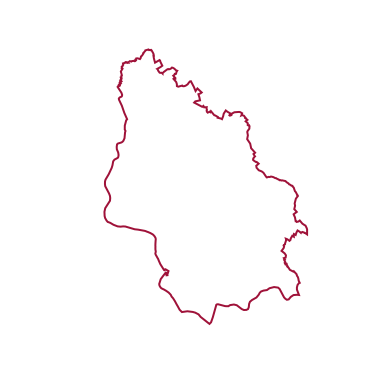 Piltown Lea-5, Kilkenny, Ireland (Equal Earth projection), rotated 56°
{"feature_id": "5873133B76837533212426", "entity_name": "Piltown Lea-5", "entity_type": "district", "adm_level": 2, "iso_a3": "IRL", "parent_name": "Ireland", "parent_adm1": "Kilkenny", "projection": "equal_earth", "projection_center": [-7.187, 52.347], "detail": "fine", "context": "isolated", "style": "outline", "palette": "rose", "viewbox_px": 384, "rotation_deg": 56, "n_neighbors": 0, "source": "geoboundaries", "source_scale": "gbopen_adm2", "svg_char_len": 6023}
<svg xmlns="http://www.w3.org/2000/svg" viewBox="0 0 384 384"><g transform="rotate(56 192 192)"><path d="M337.2,160.9L331.6,159.6L329.8,158.4L328.1,156.5L327.3,154.2L327.5,153.5L325.3,153.2L323.1,152.2L321.6,151.8L320.2,151.8L318.6,151.3L314.6,151.9L314.7,152.5L311.2,154.4L309.0,154.3L307.3,154.7L307.3,154.3L305.7,154.2L304.7,153.8L304.4,155.0L302.7,154.8L302.7,153.9L299.9,153.6L300.0,152.8L298.2,152.8L298.7,151.0L297.0,149.5L294.7,149.5L290.9,150.7L289.8,147.5L288.8,146.2L287.6,146.0L287.3,145.5L287.5,145.1L287.3,144.1L287.0,144.0L284.9,141.3L284.1,140.6L283.2,140.3L284.5,139.4L287.0,138.5L286.8,137.2L285.8,136.2L284.4,133.4L286.0,132.6L284.4,131.7L283.8,131.0L285.6,130.1L284.0,128.1L282.9,126.0L284.8,125.1L286.7,124.6L286.4,124.2L286.9,123.5L286.9,122.8L287.4,122.4L288.5,121.6L288.9,121.6L289.1,121.2L291.5,120.3L287.4,117.5L286.1,117.1L283.3,116.7L282.4,117.2L279.9,118.2L275.9,118.6L276.0,120.2L275.4,121.9L274.5,121.9L274.2,122.4L270.6,120.8L267.6,120.3L267.3,120.2L267.1,116.3L263.4,116.8L261.0,114.2L258.9,113.3L255.6,109.6L254.5,106.4L253.7,106.3L253.5,106.6L252.7,106.3L250.0,106.0L248.9,106.2L245.2,105.2L243.1,105.6L242.9,105.4L242.0,106.2L241.1,106.4L239.9,107.2L238.9,107.2L236.8,108.1L235.2,108.4L232.7,110.8L232.4,111.6L231.7,111.9L231.2,112.8L230.7,112.8L230.0,113.4L229.5,113.5L228.3,114.3L227.5,114.6L227.1,115.2L225.2,116.2L223.8,117.4L223.3,118.0L223.1,119.1L222.2,120.2L221.8,121.8L220.9,122.0L216.0,122.0L213.9,122.7L211.3,124.5L208.0,124.9L206.2,124.1L205.8,120.9L203.8,121.4L203.1,121.8L203.1,122.1L201.1,123.0L199.5,123.4L198.4,122.4L198.0,120.9L197.5,120.3L197.6,119.9L194.9,119.8L194.7,117.7L188.8,118.5L184.4,116.7L179.0,116.7L176.3,114.0L173.1,112.6L172.5,111.7L171.6,109.1L169.6,107.5L168.8,107.4L168.8,107.8L167.7,108.4L166.2,107.3L163.4,108.0L163.2,105.7L162.7,105.8L162.5,106.2L161.1,106.1L161.1,106.3L160.3,106.6L160.0,106.2L159.3,106.3L159.0,106.2L157.8,106.3L156.2,107.5L156.1,108.2L154.8,106.4L152.9,107.3L152.0,108.1L149.6,112.3L149.3,115.1L150.3,116.3L149.9,117.9L149.3,118.1L148.5,116.2L145.2,117.8L143.3,118.4L144.8,121.9L146.6,123.8L148.4,126.4L147.1,127.1L144.8,129.2L144.3,128.6L141.6,129.9L140.8,130.6L135.5,131.1L136.0,132.2L135.3,132.3L135.0,134.6L133.8,134.8L133.1,134.5L132.5,134.2L132.3,133.7L130.6,133.1L129.9,132.4L128.6,134.6L127.0,134.4L127.1,135.9L119.1,140.2L118.7,138.6L120.5,134.1L117.6,132.9L114.5,132.0L115.0,129.8L114.9,128.3L109.2,129.6L110.3,132.6L106.0,131.7L98.8,130.9L99.1,131.1L99.5,133.3L100.3,135.4L100.3,137.9L99.8,139.6L98.9,140.6L98.3,140.6L97.0,144.5L95.8,145.3L94.0,144.2L92.0,143.6L87.8,144.1L87.7,143.7L88.5,142.7L88.1,142.6L88.1,142.1L85.1,142.5L85.0,141.0L84.5,140.3L84.9,140.0L85.1,139.2L83.7,137.6L83.2,136.5L82.5,137.1L79.8,137.7L78.2,138.5L77.6,139.1L77.9,140.4L77.7,141.8L77.2,142.8L76.7,143.0L76.5,144.1L76.7,148.2L77.0,150.0L77.3,150.2L76.4,150.4L76.0,150.7L75.3,152.0L75.7,152.1L72.5,152.2L71.0,151.8L70.5,152.0L70.8,148.4L70.7,146.0L66.4,145.4L65.3,145.0L64.5,145.1L64.1,150.3L60.0,148.9L57.6,147.8L57.7,147.5L57.0,147.3L57.0,147.1L55.6,146.6L52.1,146.3L51.3,146.4L51.2,146.6L51.2,147.2L50.6,147.6L50.3,148.3L49.5,148.4L48.5,151.5L48.9,151.9L49.6,154.8L50.0,154.8L51.0,157.2L51.1,158.5L52.2,159.6L52.7,160.8L50.8,162.3L50.1,163.5L50.5,163.9L50.5,164.8L51.5,164.8L51.7,165.8L51.6,166.3L50.6,167.1L49.8,168.9L49.9,169.4L48.8,170.3L48.9,173.3L48.5,173.7L48.0,173.6L48.3,173.3L47.9,173.4L47.2,174.7L47.5,175.1L46.8,177.3L47.9,177.7L48.2,178.0L48.2,178.6L48.8,179.1L48.9,180.3L49.7,180.7L50.5,180.6L50.5,181.1L51.1,181.0L52.3,183.6L56.1,184.9L56.4,185.3L56.4,185.9L57.7,186.5L57.5,186.9L58.1,186.9L58.0,187.3L58.4,187.6L59.1,187.6L59.5,188.2L59.9,188.0L59.6,188.4L60.3,188.5L60.1,188.9L60.7,188.8L60.5,189.5L59.9,189.5L61.4,189.9L60.7,190.5L61.0,190.9L61.8,191.2L62.4,191.0L62.8,191.5L62.0,191.7L63.3,192.7L63.0,193.1L62.5,192.6L62.3,192.9L62.5,193.4L63.2,193.7L63.1,194.0L63.3,194.9L70.2,195.0L72.4,195.6L73.2,196.3L73.5,197.1L73.2,198.9L73.4,199.9L73.6,200.4L74.6,200.9L81.2,201.9L88.7,203.9L95.4,205.1L95.8,206.5L99.4,210.6L102.6,212.8L104.2,213.0L105.2,214.2L109.7,217.9L111.2,220.3L111.5,221.6L111.5,222.7L110.4,226.3L110.6,227.5L112.5,229.2L114.5,230.4L118.0,231.1L120.3,232.2L121.5,233.3L122.1,234.1L122.1,235.4L121.8,238.1L122.5,240.2L125.4,243.0L127.1,245.1L130.7,251.1L133.4,256.8L134.6,258.2L136.7,259.7L138.7,260.7L146.9,261.6L149.4,262.2L151.3,263.2L153.4,264.9L156.9,273.0L159.5,275.7L163.1,277.9L165.1,278.6L168.0,278.8L169.7,278.6L169.9,278.4L171.9,277.0L175.3,275.4L178.9,272.9L180.8,270.6L181.8,268.7L182.1,268.2L183.3,266.6L183.9,266.1L190.8,260.4L193.1,257.7L197.7,253.0L198.4,252.4L199.0,252.0L199.5,251.7L200.8,250.7L201.0,250.6L202.7,249.5L204.7,248.5L205.2,248.3L205.6,248.1L207.7,247.8L209.5,247.9L210.6,248.3L210.8,248.4L211.9,249.3L212.8,250.0L214.5,251.3L216.2,252.5L217.1,253.0L217.7,253.5L219.6,254.7L220.2,254.9L221.2,255.4L221.5,255.7L221.8,256.0L222.2,256.5L222.7,256.9L224.0,257.2L224.4,257.2L227.9,257.5L228.5,257.5L230.2,257.9L234.1,258.6L240.4,258.8L241.1,258.8L241.4,258.7L241.5,257.9L241.0,257.7L241.2,257.2L244.4,255.7L245.9,257.6L245.2,258.1L247.2,258.9L246.8,259.7L244.9,258.9L244.2,259.1L245.6,263.4L246.4,265.6L246.6,266.3L246.7,266.5L246.9,266.9L247.2,267.2L249.9,270.6L250.9,271.1L251.2,271.2L252.3,271.4L254.0,271.4L255.3,270.9L256.0,270.5L256.6,270.1L257.3,269.7L258.0,269.4L259.2,268.8L262.3,267.6L264.6,267.2L265.6,267.1L267.2,267.4L269.5,267.1L272.9,267.2L276.8,267.6L278.6,267.7L282.7,268.1L284.3,267.8L285.9,267.5L288.3,262.5L291.9,258.4L293.8,256.8L297.1,255.0L300.4,254.7L311.1,251.3L310.7,249.1L307.5,244.8L299.1,234.9L299.1,234.2L299.6,233.2L305.2,228.3L307.0,225.8L307.1,223.6L308.7,220.2L310.9,218.2L316.9,216.2L318.8,215.0L320.1,213.0L320.4,211.1L319.3,209.4L316.7,207.2L315.4,205.3L315.1,202.6L315.5,197.6L314.5,194.2L313.4,192.1L313.1,190.4L313.7,187.9L315.2,184.7L315.1,181.6L316.7,177.1L319.4,174.1L321.4,173.6L330.8,174.6L332.7,174.3L334.4,173.6L335.1,171.9L334.2,168.8L334.2,165.5L336.0,162.3L337.2,160.9Z" fill="none" stroke="#9f1239" stroke-width="2"/></g></svg>